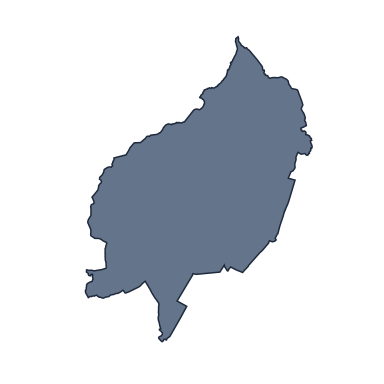 outline of Gherta Mica, Satu Mare, Romania, rotated 341°
{"feature_id": "2599482B13722871342029", "entity_name": "Gherta Mica", "entity_type": "district", "adm_level": 2, "iso_a3": "ROU", "parent_name": "Romania", "parent_adm1": "Satu Mare", "projection": "orthographic", "projection_center": [23.217, 47.934], "detail": "fine", "context": "isolated", "style": "filled", "palette": "slate", "viewbox_px": 384, "rotation_deg": 341, "n_neighbors": 0, "source": "geoboundaries", "source_scale": "gbopen_adm2", "svg_char_len": 5963}
<svg xmlns="http://www.w3.org/2000/svg" viewBox="0 0 384 384"><g transform="rotate(341 192 192)"><path d="M286.1,60.2L283.4,61.2L282.7,62.8L282.2,63.6L282.0,64.1L282.2,65.5L281.9,67.0L281.7,71.0L281.3,72.0L279.2,74.6L278.7,75.7L275.4,78.6L275.0,79.2L273.5,80.4L272.9,81.4L271.8,81.8L271.7,82.3L271.3,82.0L270.4,82.4L270.3,82.7L270.5,84.0L270.4,84.2L269.1,85.0L268.3,86.4L267.4,87.2L266.9,87.8L266.6,88.0L266.4,88.4L265.9,88.1L265.3,88.3L264.5,90.0L263.6,91.5L262.8,92.4L262.5,93.2L261.9,93.6L261.5,94.1L260.5,94.5L259.5,95.3L258.8,95.5L258.0,96.3L256.5,96.9L254.7,98.3L252.5,98.9L251.8,99.5L250.9,99.5L250.7,99.6L250.6,100.2L250.3,100.4L249.0,100.4L246.8,100.9L246.4,100.7L245.8,100.6L244.9,99.8L244.7,99.7L243.7,100.2L242.5,99.2L241.6,99.4L240.7,99.2L239.9,99.6L239.1,99.4L238.0,99.6L236.8,99.5L235.7,100.9L235.3,100.9L234.7,101.5L234.7,102.0L233.9,102.7L232.7,103.0L231.5,103.9L231.3,104.4L230.4,104.7L230.2,105.0L230.1,105.3L231.2,106.2L231.8,106.5L232.0,107.4L233.0,108.9L233.1,109.4L233.1,110.6L232.8,112.0L232.5,112.5L231.9,112.9L231.0,114.2L230.1,115.0L228.5,115.9L226.7,116.5L226.0,116.6L225.6,116.5L223.7,115.1L223.1,115.2L222.0,114.8L220.3,115.1L207.6,123.3L206.6,123.0L205.3,123.3L203.7,123.0L201.9,121.8L200.9,122.1L200.1,121.2L198.3,121.8L197.5,121.5L196.8,121.6L196.1,121.3L195.5,121.5L194.8,121.3L194.5,121.7L192.8,120.4L191.7,119.9L189.5,120.0L188.6,120.4L186.4,121.6L185.7,122.1L184.5,123.5L181.5,125.5L180.3,125.5L179.0,126.0L177.6,126.1L171.2,124.8L170.0,125.7L169.6,125.3L168.9,125.1L167.9,124.7L166.8,125.1L165.9,125.9L159.4,128.5L153.4,126.7L147.9,129.9L145.3,132.5L143.4,134.0L141.9,135.4L129.3,134.4L129.1,135.5L128.7,135.9L128.5,136.4L127.0,137.6L126.9,138.1L126.4,138.7L125.3,139.7L125.5,140.8L125.4,141.4L124.5,141.7L123.9,142.3L123.6,142.2L122.5,141.5L120.3,141.2L116.4,142.1L114.4,145.1L112.5,146.7L109.5,148.1L108.7,149.7L109.7,151.3L109.9,152.3L109.1,153.7L107.8,154.2L105.9,155.5L105.3,156.9L103.7,159.4L101.0,161.2L95.7,164.4L96.0,165.6L96.2,169.3L95.7,170.4L95.6,170.9L92.6,171.3L91.5,172.8L91.2,173.5L91.0,175.1L88.8,181.3L85.1,184.3L84.1,185.7L83.5,186.8L84.1,194.7L83.1,197.6L82.3,199.3L82.2,200.2L82.4,200.8L84.1,202.9L84.8,204.1L89.0,205.7L89.9,206.5L90.8,207.4L91.9,209.1L93.8,211.1L94.2,211.3L94.6,211.9L94.7,212.3L94.7,212.7L93.1,214.8L92.0,216.7L91.2,217.6L91.0,218.9L90.3,220.4L89.2,223.9L88.9,224.6L88.6,225.4L88.6,226.1L88.1,227.2L87.8,228.8L87.8,230.2L87.4,232.0L86.8,233.6L86.7,234.9L85.8,236.1L81.6,236.0L74.5,234.8L73.5,234.5L71.8,233.4L68.2,232.2L67.5,231.5L67.0,231.3L66.1,233.2L67.2,234.8L67.3,235.4L67.1,236.7L67.2,237.2L68.5,238.2L68.8,238.1L69.6,237.2L70.6,237.1L70.9,237.3L70.8,237.9L71.0,237.9L71.2,238.2L70.5,238.9L70.3,239.4L70.2,241.7L70.0,242.1L68.4,243.9L68.0,244.1L66.4,243.9L65.1,244.1L63.1,244.6L62.0,245.6L61.8,246.0L61.5,247.3L60.8,248.1L60.5,249.2L59.8,250.1L59.2,250.3L59.0,251.3L58.7,252.1L58.7,252.9L59.6,258.1L61.6,257.6L63.2,258.2L64.3,258.0L65.1,258.2L65.9,258.7L67.4,258.3L68.1,258.4L68.4,258.8L68.7,259.7L69.5,260.3L69.9,261.3L70.9,261.5L72.4,262.8L73.6,263.5L76.3,263.3L79.3,263.8L81.5,262.9L84.8,263.4L87.4,263.2L88.1,263.5L89.0,263.7L91.7,263.3L94.9,262.4L95.9,265.8L96.8,265.9L100.3,265.8L110.4,264.5L112.4,264.0L115.4,262.4L118.7,261.1L120.5,269.7L121.3,274.9L122.6,280.4L123.3,282.4L124.3,286.2L124.3,286.8L123.9,288.2L123.0,289.7L121.7,293.5L121.1,294.7L121.0,295.2L121.0,295.7L120.3,297.8L119.0,300.0L118.5,302.5L118.4,305.0L118.0,308.1L117.9,309.7L118.0,311.1L116.5,311.2L116.3,311.8L117.6,314.1L118.0,315.4L117.9,316.2L117.3,317.2L116.4,317.9L113.7,318.3L113.2,318.7L113.0,319.0L113.0,319.8L114.0,322.2L114.8,323.6L115.4,323.8L115.7,323.8L117.8,322.1L118.3,322.3L119.3,323.4L119.7,323.6L120.7,322.4L124.0,321.4L140.2,307.2L149.8,298.4L142.4,290.2L165.2,271.0L165.5,270.4L165.7,270.5L166.3,269.5L169.1,271.2L192.3,276.8L198.7,271.7L198.5,273.2L198.7,274.0L199.0,274.8L199.6,277.6L200.0,278.3L200.5,278.2L201.9,276.8L204.1,275.5L208.4,280.0L213.7,284.6L215.4,283.5L221.0,280.6L221.5,279.9L236.3,271.5L239.4,270.2L247.7,265.3L249.3,263.3L251.7,265.2L253.8,265.5L255.6,265.0L256.0,264.5L255.7,263.5L255.7,262.7L258.8,259.7L259.5,259.5L264.3,252.3L270.2,244.7L272.3,241.6L274.0,239.7L273.8,239.7L278.4,234.8L280.5,232.2L293.3,214.3L287.6,210.4L287.9,209.8L292.1,205.2L294.6,204.8L297.3,202.7L298.3,199.0L300.7,195.6L301.1,194.9L301.3,193.5L302.4,192.0L305.1,189.0L307.5,191.8L311.1,192.3L311.6,193.1L311.9,194.0L312.5,194.6L313.0,194.9L313.4,194.9L314.9,193.7L315.4,193.7L315.3,193.4L315.4,193.1L316.1,192.5L317.7,191.5L317.9,191.2L317.9,190.7L318.8,189.1L319.0,189.2L319.0,189.8L319.3,189.8L319.8,189.2L320.5,187.9L320.4,187.1L320.6,185.8L320.2,184.6L320.4,183.8L320.4,182.8L320.5,182.2L321.2,182.2L322.0,182.1L321.9,181.1L322.3,180.4L322.3,180.2L321.7,179.4L321.5,178.8L321.4,177.4L321.2,177.1L320.8,177.1L320.6,176.5L319.9,175.7L318.2,174.8L318.2,174.5L318.8,173.7L319.1,173.2L319.0,172.1L318.8,171.6L318.5,171.2L317.8,170.7L317.4,170.9L316.7,170.9L315.8,170.3L315.9,169.9L316.0,169.4L315.4,168.8L315.6,168.3L315.7,167.1L319.0,166.9L321.8,166.4L322.0,164.2L322.1,163.8L322.2,162.6L321.7,161.3L321.8,160.9L323.0,159.3L323.4,157.7L323.3,154.1L322.6,151.3L322.3,149.2L322.5,148.8L323.1,147.9L325.0,146.0L325.2,145.6L325.3,141.5L325.0,130.0L324.9,129.8L323.7,128.8L320.5,127.0L319.8,126.3L319.6,125.7L319.5,124.5L318.7,121.5L319.0,118.3L318.8,117.7L318.4,116.8L317.8,115.9L315.4,113.5L315.1,112.9L313.9,112.2L310.8,112.0L309.4,111.7L308.9,111.2L305.9,110.2L304.9,110.0L303.1,109.9L302.7,109.5L302.2,109.5L301.8,108.8L301.5,107.9L301.5,106.9L301.3,106.6L300.4,106.0L300.0,105.9L299.5,105.4L299.7,104.7L299.6,104.4L298.8,103.6L298.7,103.1L298.9,102.5L299.7,101.7L299.8,101.1L299.8,100.2L299.0,100.3L298.8,100.0L298.8,99.3L298.6,99.0L299.1,98.0L299.2,96.0L296.7,88.2L292.3,76.8L290.7,74.4L290.7,73.7L290.6,73.4L290.3,73.2L288.9,73.2L288.1,71.6L286.3,69.2L286.3,68.2L285.2,64.6L285.3,63.6L285.7,62.9L286.1,61.9L286.1,60.2Z" fill="#64748b" stroke="#1e293b" stroke-width="1.5"/></g></svg>